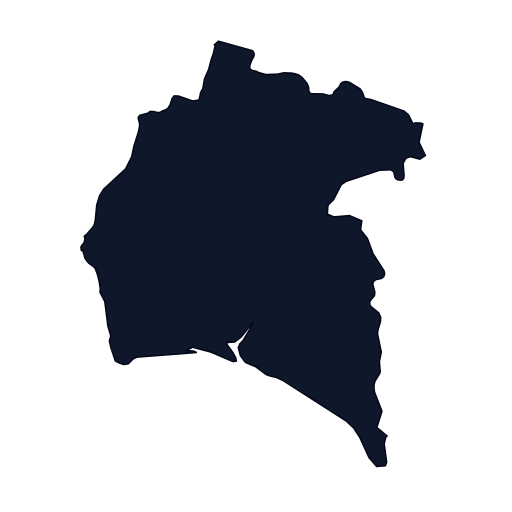 outline of Huelva, rotated 357°
{"feature_id": "ESP-5824", "entity_name": "Huelva", "entity_type": "Autonomous Community", "adm_level": 1, "iso_a3": "ESP", "parent_name": "Spain", "parent_adm1": "", "projection": "natural_earth1", "projection_center": [-6.789, 37.509], "detail": "fine", "context": "isolated", "style": "filled", "palette": "ink", "viewbox_px": 512, "rotation_deg": 357, "n_neighbors": 0, "source": "natural_earth", "source_scale": "10m", "svg_char_len": 2694}
<svg xmlns="http://www.w3.org/2000/svg" viewBox="0 0 512 512"><g transform="rotate(357 256 256)"><path d="M110.0,353.5L106.3,340.0L105.1,333.0L106.8,328.3L104.4,318.1L102.6,293.6L98.3,284.0L98.8,280.5L98.1,273.7L96.7,266.2L94.9,260.4L93.6,258.5L89.3,255.0L87.4,253.0L85.4,249.8L85.2,249.5L84.6,247.7L84.4,245.6L83.1,241.4L82.2,241.5L81.8,241.1L81.6,237.9L82.4,236.6L85.1,233.6L85.4,232.1L85.9,230.7L86.1,229.2L85.5,227.3L87.8,225.7L94.4,218.8L96.1,216.3L97.4,211.7L99.6,196.8L103.0,187.5L107.4,181.2L130.3,162.2L137.1,150.2L139.9,139.7L145.3,125.3L146.6,119.8L146.5,116.7L145.8,113.8L145.6,111.3L147.4,109.4L155.2,107.8L157.9,106.1L161.1,106.3L164.3,107.3L167.3,107.7L170.4,106.1L173.6,105.2L175.5,104.0L178.1,100.6L180.5,94.2L182.7,91.8L187.0,92.2L201.0,97.9L207.3,97.2L209.3,89.7L211.7,85.8L213.8,76.5L218.5,67.1L221.8,56.8L223.8,52.2L226.3,43.5L225.5,42.9L229.7,39.5L263.3,50.8L264.6,53.1L264.7,55.3L263.9,57.4L262.6,59.2L261.6,61.2L259.9,65.3L259.5,67.5L260.2,69.3L262.3,70.6L265.6,71.4L268.7,73.1L275.5,75.3L287.2,75.5L293.2,74.5L301.3,75.2L304.8,76.1L308.1,77.4L311.5,80.2L316.2,86.6L316.9,88.7L317.5,91.0L317.3,93.3L317.9,95.4L319.4,96.8L331.2,97.6L337.3,99.6L340.9,99.1L341.8,98.2L342.3,96.4L343.7,95.0L347.4,91.9L348.7,90.1L349.6,88.3L351.3,87.1L353.4,86.5L356.0,86.6L358.7,87.6L368.7,94.5L370.6,97.6L371.5,100.1L372.0,102.2L372.6,103.9L372.8,104.2L379.1,105.8L411.4,119.0L415.7,123.0L419.7,132.3L421.9,131.4L427.5,131.8L429.6,132.8L424.8,151.0L430.4,164.5L424.7,167.9L415.3,164.9L410.9,166.2L407.8,171.1L408.1,183.3L407.6,186.3L406.2,187.7L404.6,187.9L401.3,187.3L399.9,186.3L398.8,184.6L398.3,181.0L397.9,179.2L395.2,177.0L384.1,176.8L349.9,186.2L344.9,189.2L336.4,203.8L331.7,207.9L330.4,209.8L329.5,217.9L335.8,221.0L351.4,220.5L363.5,226.4L361.8,235.3L368.2,244.3L373.0,259.8L383.2,277.7L383.6,280.6L382.6,283.2L380.1,285.0L374.5,285.9L372.2,287.4L371.1,290.1L372.8,298.3L372.2,301.9L368.5,305.7L367.1,308.2L367.4,311.7L375.6,319.2L377.3,323.6L376.9,327.9L373.8,336.7L373.3,340.3L376.1,358.5L373.7,368.0L374.0,377.9L373.3,380.0L368.4,387.1L367.2,390.4L366.9,394.1L367.3,398.3L373.7,417.7L367.7,433.5L377.5,442.6L376.1,443.7L374.2,450.2L375.7,468.8L374.2,472.3L365.4,472.5L358.3,463.3L350.2,442.8L344.6,433.0L337.5,425.6L276.5,381.8L269.9,378.3L264.1,376.7L259.9,374.9L249.6,366.4L244.6,364.1L239.7,361.6L235.2,354.7L233.5,346.7L235.3,342.8L238.2,340.3L246.9,327.4L249.7,321.9L237.1,336.0L230.2,340.8L222.4,340.9L222.4,342.8L227.8,351.1L230.4,356.5L230.9,359.9L227.6,360.3L205.8,349.6L197.7,347.0L188.0,343.8L181.4,346.8L188.5,347.6L191.8,349.3L131.6,350.8L127.8,352.5L122.8,357.0L118.2,357.5L114.0,355.8L110.0,353.5Z" fill="#0f172a" stroke="#020617" stroke-width="1.5"/></g></svg>